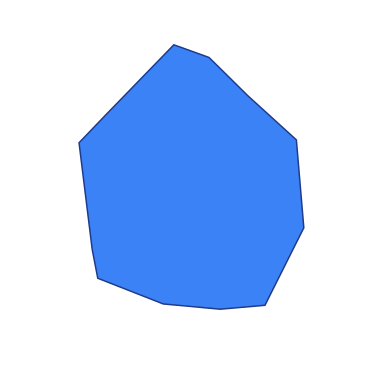 an SVG outline of São Salvador do Mundo, rotated 302°
{"feature_id": "CPV-5049", "entity_name": "São Salvador do Mundo", "entity_type": "state/province", "adm_level": 1, "iso_a3": "CPV", "parent_name": "Cabo Verde", "parent_adm1": "", "projection": "mercator", "projection_center": [-23.611, 15.073], "detail": "fine", "context": "isolated", "style": "filled", "palette": "blue", "viewbox_px": 384, "rotation_deg": 302, "n_neighbors": 0, "source": "natural_earth", "source_scale": "10m", "svg_char_len": 344}
<svg xmlns="http://www.w3.org/2000/svg" viewBox="0 0 384 384"><g transform="rotate(302 192 192)"><path d="M173.9,70.1L213.1,78.3L307.2,98.6L315.1,135.1L309.8,159.0L303.3,187.9L291.5,252.9L220.9,305.8L196.2,308.1L134.6,313.9L107.6,278.1L81.8,226.9L68.9,157.8L90.4,137.8L173.9,70.1Z" fill="#3b82f6" stroke="#1e3a8a" stroke-width="1.5"/></g></svg>